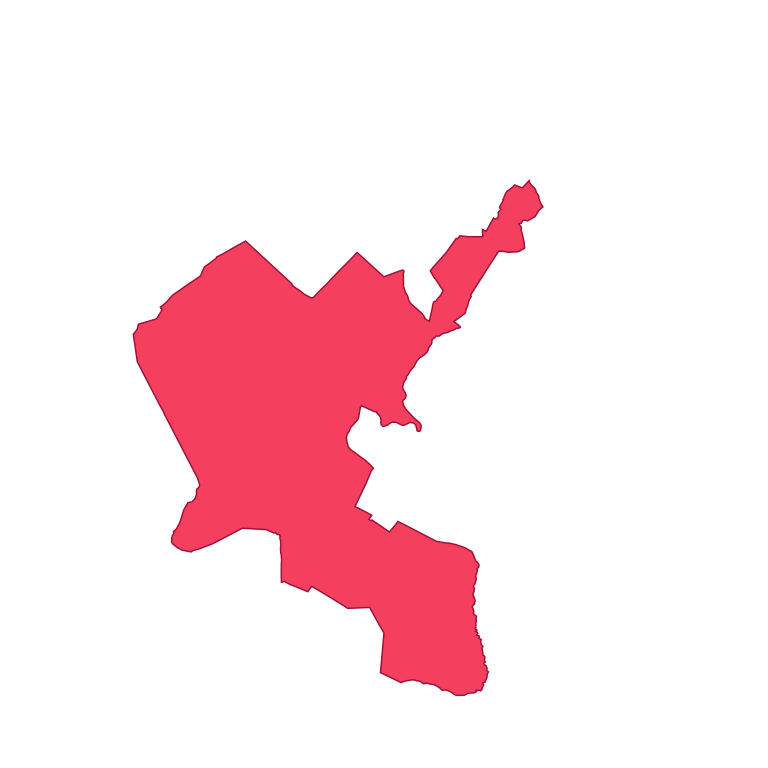 outline of Mixquiahuala de Juárez, Hidalgo, Mexico, rotated 121°
{"feature_id": "50627088B68378363508666", "entity_name": "Mixquiahuala de Juárez", "entity_type": "district", "adm_level": 2, "iso_a3": "MEX", "parent_name": "Mexico", "parent_adm1": "Hidalgo", "projection": "robinson", "projection_center": [-99.19, 20.233], "detail": "fine", "context": "isolated", "style": "filled", "palette": "rose", "viewbox_px": 768, "rotation_deg": 121, "n_neighbors": 0, "source": "geoboundaries", "source_scale": "gbopen_adm2", "svg_char_len": 6171}
<svg xmlns="http://www.w3.org/2000/svg" viewBox="0 0 768 768"><g transform="rotate(121 384 384)"><path d="M631.1,215.4L630.2,215.1L629.1,213.9L627.4,212.6L623.1,207.5L621.9,205.1L621.7,203.6L620.4,200.6L620.3,198.4L620.6,196.0L619.9,194.8L618.6,193.5L617.8,192.5L617.6,191.9L617.7,190.5L616.1,186.8L615.7,183.0L615.8,179.8L616.5,176.8L616.1,175.5L614.6,174.0L613.7,170.1L613.5,168.9L613.9,164.5L613.7,162.1L613.1,160.7L609.4,154.8L605.6,152.5L602.6,148.2L601.6,147.0L601.0,147.0L600.2,146.3L599.8,146.3L599.2,147.3L598.9,147.4L598.7,147.0L598.2,145.6L597.3,144.1L597.3,143.2L596.9,143.0L595.4,142.7L593.8,143.4L591.4,143.5L590.7,143.6L590.2,144.0L589.8,145.0L589.5,145.4L588.7,145.1L587.5,143.9L586.8,143.8L585.2,144.4L583.7,144.2L583.1,144.7L581.3,145.1L578.9,146.3L578.3,146.3L577.5,146.0L577.1,146.1L576.8,146.4L576.9,147.6L576.5,148.6L576.1,148.9L574.9,149.0L574.5,149.3L573.2,151.0L572.7,152.3L573.0,153.0L572.9,153.7L572.4,154.2L571.8,154.6L571.2,154.6L570.2,154.0L569.8,154.3L569.3,155.6L568.6,156.0L567.6,156.1L565.8,157.1L565.5,157.6L565.5,158.7L565.2,159.6L561.9,162.2L560.2,164.0L558.5,163.9L558.0,164.1L557.1,166.6L556.2,167.5L554.6,168.6L553.0,169.0L552.9,169.4L553.1,171.4L551.8,171.9L551.2,172.5L551.0,173.1L551.6,174.8L551.5,175.2L550.4,175.3L549.5,175.2L549.1,175.4L548.8,177.9L548.1,177.3L547.6,177.3L547.1,177.6L547.0,179.6L546.8,179.9L545.6,179.6L544.6,180.7L543.4,180.9L541.7,182.1L539.8,182.7L537.7,184.3L536.5,184.6L535.6,185.2L535.1,186.3L535.4,187.8L535.0,188.5L534.1,189.5L533.3,189.5L531.9,190.6L530.1,193.1L528.7,193.8L526.8,193.5L526.3,193.1L525.6,193.1L525.1,193.3L524.9,194.3L523.4,194.1L522.6,194.4L519.2,198.5L519.0,199.1L518.0,199.7L515.6,199.8L515.1,200.2L514.8,200.7L513.7,200.8L512.5,201.2L512.0,202.6L511.4,203.3L508.3,203.1L506.7,203.7L505.1,204.0L503.3,204.7L502.9,205.4L501.7,206.0L501.1,206.7L499.4,206.8L497.2,207.5L495.4,208.2L494.4,209.1L492.2,208.5L490.8,209.0L489.6,209.9L488.3,214.3L482.5,222.1L482.7,230.6L484.8,240.0L486.8,246.2L488.0,248.3L490.6,254.7L491.9,258.7L494.1,294.2L494.7,301.4L497.1,301.4L508.0,303.1L506.8,324.3L507.8,324.5L507.9,327.2L502.9,326.8L502.9,329.8L503.9,345.7L477.5,348.3L466.1,350.0L464.6,350.1L461.7,349.7L460.0,355.7L459.2,360.0L457.4,379.1L457.1,380.2L456.2,382.1L455.2,383.4L452.5,386.2L448.8,389.0L444.7,389.8L443.4,389.4L439.7,390.0L438.1,390.1L429.8,388.4L427.4,388.2L425.9,388.5L416.0,392.3L414.2,392.1L412.7,378.5L411.7,376.0L412.2,375.7L412.7,374.6L413.1,372.6L413.5,372.1L413.8,370.6L416.4,367.9L418.4,367.0L419.8,366.0L420.5,364.9L420.8,363.4L420.4,362.4L417.6,360.0L413.7,358.2L412.8,357.5L412.0,356.5L410.6,353.8L410.3,352.3L410.2,348.4L409.4,346.0L408.7,345.3L403.5,341.9L402.2,338.4L402.6,335.8L407.1,331.4L406.9,330.1L406.2,329.2L405.1,328.8L401.9,330.0L400.7,330.6L400.2,331.1L399.2,332.8L398.7,334.3L398.1,338.8L396.8,344.3L394.3,352.4L392.1,356.3L389.9,358.5L388.3,359.4L385.9,358.5L384.3,358.5L382.3,359.3L381.1,360.5L378.2,365.6L376.2,366.8L374.6,367.3L372.0,367.8L367.7,367.7L366.2,368.5L365.7,368.6L363.6,368.2L359.9,368.3L353.4,367.3L347.5,367.7L342.8,366.9L341.6,366.1L338.4,364.6L334.6,363.5L332.3,363.7L329.8,364.2L324.7,364.0L320.9,365.7L318.6,364.5L316.0,363.9L315.5,363.5L315.3,362.6L314.7,361.6L313.3,360.8L312.0,360.5L309.8,359.0L307.0,355.9L304.5,354.5L303.3,353.5L302.6,352.6L298.8,350.4L297.4,348.4L295.9,347.8L295.6,348.0L295.4,350.4L295.1,350.4L294.5,356.2L281.5,350.9L277.6,352.0L271.5,353.2L268.4,354.2L263.9,354.3L263.0,355.6L226.9,354.7L211.0,354.1L208.8,349.7L207.0,345.2L202.9,339.2L202.3,338.2L200.1,336.0L197.8,335.0L195.5,333.6L194.4,333.8L193.5,334.8L191.7,335.9L189.4,337.8L184.8,342.1L181.1,346.0L178.8,347.0L177.4,351.0L177.0,350.9L175.8,349.3L172.5,349.2L171.3,348.1L170.8,347.3L170.4,345.2L169.2,344.3L166.1,342.7L163.0,340.8L154.4,340.5L150.4,339.0L148.1,343.2L146.0,345.9L142.9,348.7L141.7,351.3L140.7,352.8L139.1,354.6L138.1,357.4L137.6,360.0L136.8,362.0L135.6,363.6L134.8,364.3L144.7,366.5L146.2,374.5L148.1,374.9L152.9,376.6L155.4,377.9L157.9,377.9L160.6,377.6L162.9,377.1L164.8,377.0L164.8,376.4L172.4,376.1L173.2,375.8L174.0,374.2L174.6,373.9L176.4,374.1L177.8,374.5L178.4,374.4L179.1,373.7L181.7,372.1L183.1,372.2L184.2,372.8L185.7,374.1L185.7,374.9L185.3,375.6L200.5,375.1L200.8,379.2L203.8,377.3L206.6,375.2L208.1,377.2L214.2,387.3L217.9,395.3L221.7,395.7L222.0,397.1L238.7,398.3L258.1,401.9L263.2,402.6L267.4,395.0L267.4,394.2L271.9,384.9L273.3,381.5L274.2,381.3L278.5,381.2L284.7,382.1L285.6,382.0L286.5,382.2L286.7,382.3L286.9,383.0L288.2,383.7L290.6,383.1L294.7,381.5L306.8,377.5L307.0,380.2L306.8,382.9L306.3,383.0L305.0,385.2L303.9,388.1L301.3,402.1L300.6,404.1L300.0,405.1L298.6,406.9L296.8,408.6L296.0,409.7L294.6,412.5L290.5,417.4L280.5,423.6L279.5,424.2L277.3,424.9L276.7,425.5L276.6,426.1L276.7,426.6L279.0,428.8L292.2,439.3L285.1,474.8L295.4,477.1L313.6,481.6L316.9,482.2L321.7,483.5L323.9,483.8L326.3,484.3L337.8,487.3L345.9,489.0L347.7,490.5L348.1,498.1L347.4,504.2L347.0,512.3L346.0,513.7L345.4,515.3L332.8,576.2L341.0,581.1L356.9,590.0L361.2,592.8L362.3,592.8L363.0,592.7L376.5,598.3L385.4,597.0L386.3,597.1L400.0,603.5L416.8,611.0L426.1,612.7L432.8,614.9L433.3,615.3L433.9,614.5L434.4,612.4L445.1,612.5L445.2,612.9L445.9,613.0L459.2,625.3L462.5,624.2L464.6,623.8L467.3,624.0L470.5,624.5L492.1,606.8L517.7,565.2L520.9,559.6L522.4,557.6L560.6,495.5L564.9,490.5L567.2,489.3L570.6,490.3L571.9,489.8L575.5,487.8L578.7,486.9L583.9,487.8L586.5,490.9L595.0,490.8L606.9,487.9L610.4,487.5L614.5,487.3L616.4,487.6L618.7,488.5L620.4,487.3L622.0,487.2L623.2,487.4L624.4,486.8L625.8,486.5L628.9,484.6L629.9,482.9L630.7,476.6L630.5,475.0L630.5,471.8L627.3,462.9L625.2,462.0L620.3,457.3L610.1,449.3L601.1,443.6L580.6,431.2L569.5,410.0L568.4,401.5L567.3,400.7L567.9,398.8L567.7,397.1L567.3,396.8L567.1,396.3L567.1,395.2L567.9,395.0L568.3,394.4L569.8,393.9L570.4,393.4L571.3,392.1L573.0,391.1L575.2,389.4L577.9,388.3L581.6,385.8L583.3,384.2L587.1,381.4L592.4,378.6L602.8,372.4L606.8,369.7L604.8,368.1L604.5,367.5L604.3,361.2L604.1,361.2L601.3,342.4L594.7,341.7L594.5,327.8L594.8,303.0L595.0,299.6L582.9,281.2L592.8,264.3L595.2,259.7L597.6,255.7L633.2,238.4L631.1,215.4Z" fill="#f43f5e" stroke="#9f1239" stroke-width="1.5"/></g></svg>